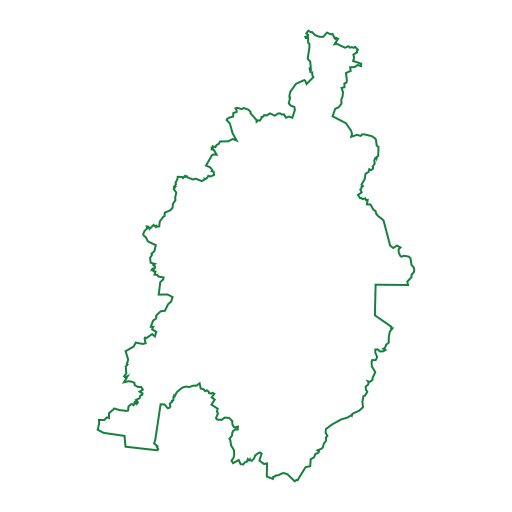 the district of Villanueva, Zacatecas, Mexico
{"feature_id": "50627088B74435017119016", "entity_name": "Villanueva", "entity_type": "district", "adm_level": 2, "iso_a3": "MEX", "parent_name": "Mexico", "parent_adm1": "Zacatecas", "projection": "robinson", "projection_center": [-102.865, 22.335], "detail": "fine", "context": "isolated", "style": "outline", "palette": "green", "viewbox_px": 512, "rotation_deg": 0, "n_neighbors": 0, "source": "geoboundaries", "source_scale": "gbopen_adm2", "svg_char_len": 6054}
<svg xmlns="http://www.w3.org/2000/svg" viewBox="0 0 512 512"><path d="M408.0,285.0L407.3,281.6L411.5,277.2L411.5,274.9L413.9,272.1L414.3,269.9L413.6,267.2L411.5,264.9L410.5,258.3L408.8,256.6L404.1,255.8L401.4,256.7L400.1,255.7L398.7,252.4L398.6,249.3L400.5,247.5L396.9,245.6L393.2,248.0L390.1,245.5L383.5,220.3L377.7,215.7L376.3,213.9L375.4,210.9L373.4,209.7L370.5,204.5L366.9,204.4L367.7,199.9L365.9,200.1L365.3,198.3L362.5,199.2L361.3,197.9L360.1,198.2L358.0,195.0L361.7,192.3L360.3,189.6L361.4,188.6L361.4,187.0L362.9,186.2L361.5,184.6L364.7,179.1L365.5,173.8L368.5,172.0L369.3,169.2L370.9,170.1L372.8,169.0L373.2,167.6L372.6,166.7L374.7,163.6L374.3,160.4L375.4,157.8L376.1,157.6L376.5,158.6L377.1,156.6L378.2,156.0L378.5,147.0L376.7,145.6L376.0,139.9L375.1,138.4L371.7,136.1L364.0,134.3L362.0,134.5L360.8,135.9L356.7,134.9L351.2,136.8L352.0,134.0L351.2,130.9L345.9,123.2L332.6,116.3L335.2,108.8L338.7,107.2L341.4,103.8L341.3,99.6L342.6,96.3L343.0,92.1L341.5,87.9L344.5,87.3L344.4,83.4L346.4,82.7L346.9,80.5L346.0,73.0L350.7,70.9L350.1,67.3L354.8,67.0L357.6,65.0L361.0,66.1L361.2,63.7L353.1,61.0L354.1,58.1L353.4,54.6L357.1,52.3L357.0,50.6L357.9,49.7L355.0,46.8L353.8,47.8L351.5,47.1L350.1,47.7L348.4,46.2L345.0,47.7L336.9,43.9L334.6,44.3L338.0,38.8L336.0,37.8L335.4,38.9L334.5,38.1L332.6,33.9L331.0,34.4L326.9,32.6L323.3,36.8L319.9,36.9L315.4,35.3L311.9,32.0L310.7,32.2L308.3,30.7L306.3,33.4L308.0,34.9L308.1,36.0L305.3,36.9L305.8,38.0L308.2,38.1L308.1,42.7L309.3,43.8L309.5,46.5L307.7,58.8L310.2,61.6L310.8,67.9L309.6,68.3L309.9,69.5L311.8,70.0L309.9,69.8L310.5,72.2L312.2,72.3L312.4,75.5L313.4,77.1L306.6,84.0L305.2,80.7L304.2,80.1L295.9,83.9L290.3,91.8L289.4,95.9L289.5,97.4L290.1,97.5L288.8,103.4L291.0,105.8L294.3,106.9L294.9,109.9L292.3,117.8L289.2,116.6L285.9,117.7L283.9,114.3L282.1,114.6L280.0,113.4L278.1,113.5L274.8,115.7L269.9,113.4L266.7,115.5L264.2,115.1L263.1,116.7L261.5,117.0L261.4,118.5L259.8,120.6L258.1,120.3L256.6,121.8L256.4,119.9L250.4,113.1L250.7,112.1L248.5,109.7L243.7,108.0L241.7,109.1L237.1,107.8L235.5,108.4L236.4,109.7L236.6,112.0L233.3,113.1L233.1,116.6L229.9,117.4L227.1,118.9L226.6,120.0L229.9,123.6L232.5,133.1L236.6,140.5L232.8,139.0L228.2,141.3L220.0,141.5L218.8,143.9L216.7,144.9L215.4,147.1L212.8,146.3L212.7,147.7L211.6,147.7L211.7,149.5L213.6,149.5L216.6,154.7L213.4,154.5L211.9,155.3L206.0,165.6L210.0,167.2L212.2,169.9L211.7,171.2L213.6,171.6L214.1,175.0L210.2,176.5L208.3,175.8L207.1,177.9L205.8,178.9L204.5,178.6L204.4,179.7L201.8,181.1L195.7,178.7L192.9,179.5L187.4,177.3L186.7,176.1L185.5,176.8L184.9,175.9L182.9,178.1L182.0,177.0L177.7,176.8L177.4,179.1L175.5,182.9L176.0,184.2L174.1,186.6L174.0,187.7L174.8,187.5L173.7,188.9L176.3,192.6L175.2,197.5L175.4,200.3L172.9,203.8L172.6,207.7L170.5,210.2L164.7,212.7L164.6,216.1L163.3,216.7L159.8,221.5L159.2,226.4L156.8,226.7L156.3,226.0L155.8,227.0L153.7,224.9L149.5,229.0L148.5,226.7L146.7,226.4L147.1,228.3L144.6,230.9L143.2,234.0L143.7,235.6L146.1,237.6L147.6,241.0L148.8,241.9L155.8,245.1L154.4,251.2L151.5,253.7L152.0,254.9L150.1,257.8L150.6,262.7L154.9,263.9L153.3,265.0L155.1,266.5L154.8,268.0L152.5,268.7L151.7,270.1L153.7,269.9L153.5,271.3L155.5,271.6L154.5,274.6L157.1,274.8L158.6,276.6L163.5,277.4L163.2,279.5L160.3,282.1L158.7,294.6L167.6,294.5L172.6,297.1L171.2,301.4L168.0,304.4L165.0,310.7L160.7,311.3L157.4,314.3L156.0,316.1L156.4,317.3L155.7,318.9L153.3,320.4L152.4,322.4L150.8,326.8L153.2,326.8L152.1,329.5L156.3,331.8L154.9,336.4L152.1,334.1L146.4,338.1L145.1,337.6L144.6,338.6L145.6,343.2L142.8,344.0L135.8,342.6L133.6,346.6L125.6,351.2L128.2,359.7L126.8,364.0L127.5,364.6L125.7,366.6L126.3,373.6L124.1,376.3L125.3,377.4L127.6,376.2L124.0,382.3L128.7,381.2L131.8,381.7L134.4,382.9L134.7,385.2L138.1,387.0L141.0,387.0L141.9,388.0L142.8,389.7L139.6,391.7L142.5,393.3L142.2,394.8L140.4,395.5L139.5,398.3L136.1,399.9L137.9,402.4L137.0,403.6L136.6,401.8L135.1,401.6L134.6,402.5L135.7,403.1L133.4,405.1L132.7,404.2L131.1,404.2L128.5,406.5L128.1,410.5L126.6,410.9L119.5,410.1L114.4,408.5L109.0,413.2L109.0,418.0L106.9,417.4L104.2,420.1L98.9,419.9L99.2,423.2L97.7,429.8L103.7,432.9L124.5,435.9L125.5,446.7L157.4,450.3L158.2,449.0L156.8,446.8L157.4,446.2L154.1,443.4L155.3,439.6L160.6,404.3L164.6,404.5L167.7,408.2L169.3,407.9L170.4,406.4L169.8,403.7L171.7,402.0L171.9,402.6L171.9,400.8L173.3,400.4L173.6,396.7L174.4,396.7L174.3,395.5L174.9,395.8L176.8,392.2L179.4,390.0L182.3,387.6L186.1,386.5L189.0,387.1L193.9,385.5L196.3,385.8L199.6,383.3L200.7,388.5L203.6,389.3L205.2,391.2L206.9,390.3L208.7,391.7L208.9,393.0L211.2,393.6L212.6,392.8L214.3,393.8L211.7,397.4L214.7,399.6L211.5,404.7L217.7,408.7L216.9,411.6L218.0,413.5L216.0,418.0L217.0,419.5L221.6,419.9L224.7,417.6L229.0,417.9L232.2,420.9L232.4,424.3L233.8,426.9L235.0,427.5L237.9,426.6L237.7,429.5L235.6,429.4L233.3,430.8L232.3,432.6L232.1,435.5L229.4,438.8L230.3,440.0L231.1,445.4L234.0,450.3L234.2,455.0L233.5,457.9L231.5,460.6L233.1,463.2L238.7,460.0L240.6,464.2L243.3,464.4L244.7,462.5L247.0,461.6L247.8,459.1L248.9,460.3L249.8,459.2L250.1,460.2L251.8,460.8L254.1,458.4L255.2,455.4L258.6,452.9L260.4,452.5L261.6,453.6L259.4,460.6L264.0,464.0L267.0,463.4L266.8,476.5L272.9,478.9L273.2,476.9L274.9,476.6L275.4,475.6L278.2,475.3L282.8,473.1L284.7,473.3L287.4,474.2L294.7,481.3L296.4,480.0L297.5,480.3L305.5,467.3L310.2,466.1L310.7,459.2L314.1,457.3L315.3,454.0L318.3,452.8L319.1,451.4L317.5,450.3L321.7,448.6L322.9,447.2L323.8,443.8L326.1,440.6L326.0,437.4L327.4,436.0L325.6,432.6L325.9,429.1L332.0,424.5L341.4,419.3L347.2,417.7L351.4,415.2L351.8,415.7L352.4,413.8L359.1,410.7L363.0,407.3L362.4,401.9L363.4,396.2L364.9,395.7L367.3,391.9L365.9,389.7L365.7,386.6L368.2,384.5L368.6,382.7L367.8,381.3L369.6,381.9L372.4,380.1L372.6,377.8L375.3,372.2L371.8,366.4L371.6,361.7L372.2,360.1L375.6,360.1L376.8,358.1L377.1,356.7L375.3,352.8L375.3,349.5L377.7,349.4L380.0,351.5L383.3,351.3L385.4,350.0L383.3,348.8L385.0,347.8L386.2,344.7L388.7,342.7L388.8,336.8L389.9,331.5L392.5,328.3L391.1,328.1L391.3,326.7L374.9,315.3L375.6,284.7L408.0,285.0Z" fill="none" stroke="#15803d" stroke-width="2"/></svg>